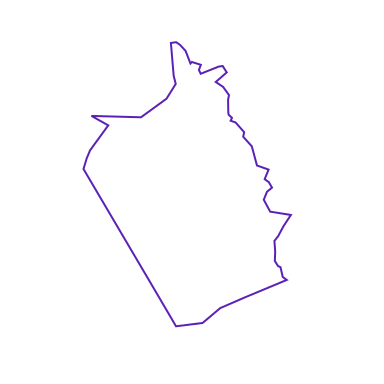 Santa María Totolapilla, Oaxaca, Mexico (Robinson projection), rotated 26°
{"feature_id": "50627088B43192699457410", "entity_name": "Santa María Totolapilla", "entity_type": "district", "adm_level": 2, "iso_a3": "MEX", "parent_name": "Mexico", "parent_adm1": "Oaxaca", "projection": "robinson", "projection_center": [-95.615, 16.626], "detail": "fine", "context": "isolated", "style": "outline", "palette": "violet", "viewbox_px": 384, "rotation_deg": 26, "n_neighbors": 0, "source": "geoboundaries", "source_scale": "gbopen_adm2", "svg_char_len": 883}
<svg xmlns="http://www.w3.org/2000/svg" viewBox="0 0 384 384"><g transform="rotate(26 192 192)"><path d="M107.7,67.3L124.6,95.6L130.0,102.0L128.2,119.3L113.4,147.2L68.3,167.7L87.5,168.8L84.2,187.5L83.5,191.3L82.1,199.5L82.4,203.7L82.6,207.9L84.4,218.9L179.1,281.6L190.9,289.4L224.2,311.5L236.5,319.7L258.9,305.1L268.3,283.9L286.1,263.1L315.7,229.5L310.8,228.6L304.5,220.8L301.7,220.8L296.7,217.7L292.9,209.1L287.5,199.8L288.8,194.0L289.2,183.0L290.9,169.3L270.9,175.4L259.9,167.5L259.3,158.9L262.0,153.0L256.8,149.5L251.7,148.6L251.0,138.3L238.8,139.7L225.7,124.7L213.8,119.9L212.7,115.4L200.7,110.4L195.5,111.0L195.4,107.8L191.1,106.5L189.7,104.5L184.0,93.3L182.8,88.7L173.9,83.9L165.1,82.7L170.8,69.3L164.3,65.3L161.0,67.6L148.0,81.9L144.7,79.3L144.2,73.8L134.9,75.2L134.3,77.2L124.4,68.0L116.7,65.0L112.1,64.3L107.7,67.3Z" fill="none" stroke="#5b21b6" stroke-width="2"/></g></svg>